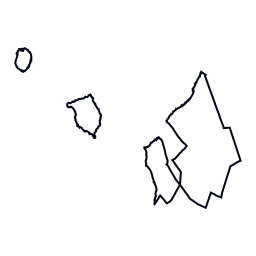 outline of Aiga i le Tai, A'ana, Samoa
{"feature_id": "51752279B95310114006848", "entity_name": "Aiga i le Tai", "entity_type": "district", "adm_level": 2, "iso_a3": "WSM", "parent_name": "Samoa", "parent_adm1": "A'ana", "projection": "equal_earth", "projection_center": [-172.087, -13.857], "detail": "fine", "context": "isolated", "style": "outline", "palette": "ink", "viewbox_px": 256, "rotation_deg": 0, "n_neighbors": 0, "source": "geoboundaries", "source_scale": "gbopen_adm2", "svg_char_len": 5728}
<svg xmlns="http://www.w3.org/2000/svg" viewBox="0 0 256 256"><path d="M179.9,184.6L185.8,192.8L187.0,194.3L187.4,195.0L188.3,196.2L190.1,198.8L197.7,204.1L205.7,207.8L210.9,192.6L212.0,193.2L214.1,194.1L216.2,195.5L217.9,196.3L220.0,196.8L221.3,197.4L222.3,192.0L230.4,166.3L238.1,161.7L240.6,160.7L229.7,127.7L225.7,128.0L223.7,128.1L223.6,127.2L219.4,115.9L219.5,115.7L218.1,112.2L215.8,106.0L213.1,98.3L208.9,86.9L205.0,75.9L205.7,74.9L204.0,73.8L203.5,73.4L202.2,72.6L201.2,71.8L200.8,72.5L201.4,72.7L201.3,73.3L200.8,73.2L200.4,73.4L199.8,75.2L200.0,76.0L199.9,76.6L199.1,76.9L198.2,78.5L197.6,79.3L196.9,80.9L196.6,81.8L196.0,82.3L196.2,82.8L195.0,83.6L195.4,84.2L194.4,86.6L193.6,88.1L193.1,88.2L192.7,88.7L193.2,89.1L193.2,89.9L192.7,90.4L192.7,90.9L193.6,91.0L193.6,91.7L192.8,93.9L192.1,95.4L189.5,99.4L189.0,99.8L188.6,99.6L188.3,100.0L188.5,100.5L187.6,101.3L187.3,100.9L186.8,101.3L186.9,101.6L186.2,102.2L186.1,102.8L185.6,103.2L185.2,103.0L185.2,103.6L184.0,104.7L183.9,104.3L183.4,104.6L183.5,105.1L182.0,106.1L181.5,105.5L181.0,106.7L176.5,109.1L176.1,108.9L176.0,109.6L175.4,110.2L174.9,110.4L174.0,111.3L173.3,111.3L172.9,112.3L172.8,112.9L172.2,113.8L171.3,114.4L171.1,114.2L170.8,114.8L169.9,115.6L169.4,116.2L168.3,118.5L167.6,119.0L167.2,120.0L166.4,120.8L166.7,121.4L166.6,121.8L168.8,123.4L171.1,126.4L172.2,127.5L173.6,129.4L174.1,130.4L174.5,131.0L177.8,136.1L180.1,138.8L181.1,140.3L183.1,142.4L185.1,144.1L186.7,146.0L184.3,149.0L183.0,149.9L181.6,151.4L180.8,152.4L179.6,153.4L179.0,154.2L178.0,155.4L176.6,156.8L175.4,158.4L172.3,160.1L172.9,160.6L173.1,161.0L176.3,165.7L180.9,172.1L180.5,177.3L180.2,182.6L179.9,184.6ZM158.9,137.4L158.0,138.3L157.7,137.8L157.5,137.7L157.2,138.5L156.7,138.4L156.5,138.8L156.9,139.4L156.6,139.8L156.2,139.0L155.6,139.2L155.9,139.7L155.4,140.0L154.6,140.1L154.3,140.3L154.2,140.9L153.5,141.2L152.8,141.6L151.4,143.0L150.9,142.8L149.8,145.2L149.2,145.9L148.5,146.1L148.1,146.8L147.9,146.7L147.1,147.2L146.7,147.1L146.4,147.3L146.1,147.1L145.6,147.9L144.9,147.9L144.4,147.5L144.3,148.2L144.8,148.7L145.5,149.8L146.1,151.1L146.2,152.0L146.5,152.6L146.6,153.1L146.2,153.9L146.3,154.3L146.1,155.2L146.7,156.1L146.6,157.2L146.3,159.5L145.7,160.8L145.8,162.1L146.1,163.0L146.1,164.2L145.9,165.1L146.1,166.0L147.0,165.9L147.8,167.0L149.3,168.8L150.1,169.9L151.3,172.6L151.7,173.9L152.1,175.6L152.9,178.5L153.9,181.2L153.7,181.5L153.6,182.1L153.8,182.4L154.3,182.2L154.8,183.4L154.8,183.7L154.7,184.0L155.1,184.4L155.8,186.4L156.5,189.1L156.6,190.2L156.4,190.8L155.8,191.7L155.7,192.9L155.4,193.7L155.5,194.3L155.9,195.8L155.9,196.2L155.3,197.2L155.1,198.2L154.9,199.3L154.6,199.5L154.4,200.1L154.8,201.2L154.7,202.4L154.4,203.2L154.3,203.7L154.6,204.1L155.4,203.0L160.2,195.5L163.2,198.8L166.7,203.3L169.3,202.0L170.6,200.8L171.6,199.6L174.5,194.6L176.3,191.2L178.2,187.8L179.9,184.6L175.8,179.6L175.0,178.1L170.4,170.3L167.9,165.7L166.5,164.4L167.4,163.4L167.6,160.5L166.3,156.6L165.3,153.3L165.2,151.9L163.7,146.4L162.8,143.6L162.7,142.7L161.4,139.6L160.4,139.1L158.9,137.4ZM90.2,94.5L89.6,94.9L88.6,95.4L88.2,96.3L87.1,97.1L85.8,97.0L85.3,96.7L84.4,97.8L83.6,98.4L83.1,98.5L81.7,98.6L81.1,98.9L78.4,99.0L77.9,99.6L77.8,99.9L77.4,100.1L75.6,100.6L75.3,100.4L75.1,101.0L74.4,101.6L73.6,101.9L73.2,101.5L72.6,101.6L72.1,102.2L70.2,103.2L69.6,102.9L68.2,102.9L67.5,103.7L67.2,104.8L67.2,105.8L67.8,106.9L68.1,106.9L69.3,107.3L69.9,107.1L70.2,106.7L71.1,106.8L72.0,107.5L73.1,108.4L74.2,109.9L75.2,112.0L75.9,114.4L75.7,114.7L75.8,115.4L75.5,115.9L75.3,116.6L74.9,116.8L74.9,118.2L75.6,119.0L75.5,120.5L76.1,121.3L77.1,124.3L77.6,124.5L77.9,125.2L77.7,125.6L77.3,125.8L77.3,126.1L78.0,126.3L78.4,125.9L78.6,126.6L78.9,126.6L79.2,127.2L79.7,127.2L79.8,127.6L80.4,127.2L81.0,127.4L81.9,128.1L82.0,128.7L82.4,129.2L83.7,130.2L84.2,131.1L84.4,130.9L85.2,131.1L85.5,131.4L86.2,131.1L86.8,131.4L87.0,131.2L88.1,131.8L89.0,132.6L89.4,132.8L89.2,133.7L89.7,134.1L90.3,133.8L91.5,134.4L92.1,134.3L93.0,135.2L93.4,136.1L93.2,136.6L93.6,136.8L94.3,138.0L94.7,138.0L95.3,137.7L95.2,136.4L94.8,135.7L94.2,135.2L94.2,133.9L94.7,133.2L94.7,132.7L95.3,132.3L95.5,131.6L96.0,131.3L96.1,129.8L97.0,128.6L97.8,128.2L97.8,127.8L98.1,127.0L98.6,126.6L98.9,125.9L99.4,125.6L99.7,125.7L100.2,124.5L100.2,124.2L99.8,122.8L99.9,122.1L99.7,120.9L100.1,119.6L100.3,119.4L100.3,118.6L100.5,118.5L100.5,117.3L100.7,117.2L100.7,116.4L101.1,115.6L100.9,114.8L100.4,114.4L100.3,113.9L99.8,113.4L99.5,112.4L99.4,111.7L98.6,110.5L98.9,109.6L98.8,109.3L97.8,108.8L97.2,108.0L95.2,104.6L95.3,104.2L94.9,104.1L94.8,103.3L94.5,103.3L94.0,102.7L92.8,100.5L93.3,98.3L92.9,97.8L92.3,97.9L91.8,97.5L91.8,96.9L91.5,96.6L91.2,96.5L90.8,95.1L90.6,95.1L90.2,94.5ZM26.5,49.4L25.6,48.6L24.9,48.6L24.6,48.2L23.7,48.7L22.9,48.9L22.9,49.1L23.4,50.0L23.2,50.9L22.3,51.0L21.0,50.4L21.3,49.1L21.1,48.8L20.3,49.1L19.2,49.0L19.1,49.8L18.8,50.4L18.2,51.3L17.9,51.2L17.8,51.8L17.5,52.0L17.4,52.5L16.5,53.5L16.9,54.1L17.6,54.1L17.7,54.5L17.4,55.3L17.0,56.1L17.2,56.4L17.0,57.2L16.3,58.6L15.9,60.5L15.5,61.0L15.4,62.3L15.5,63.8L15.8,64.3L15.7,64.7L16.0,65.6L16.6,65.9L16.8,67.0L17.4,67.3L17.6,68.1L17.9,68.5L18.9,68.8L19.4,69.3L19.8,69.5L20.0,69.9L20.5,70.4L21.1,70.1L21.7,71.0L22.2,70.5L22.7,70.7L22.8,71.3L23.3,71.1L23.5,71.4L23.8,70.9L24.3,70.8L24.9,71.0L24.9,70.6L25.9,70.0L27.1,68.6L27.3,68.0L27.8,68.0L27.7,67.4L28.2,67.2L28.4,66.6L28.9,66.8L29.2,66.0L29.2,64.5L29.6,64.2L30.0,63.2L30.3,62.9L30.1,62.1L30.6,61.8L31.0,61.3L30.6,60.5L31.2,60.4L31.0,59.7L31.3,59.5L31.3,58.8L31.1,58.6L31.4,58.0L31.1,57.5L31.3,57.0L31.3,56.1L31.0,55.4L31.0,54.7L30.4,53.1L30.0,53.0L29.9,52.3L29.4,52.2L29.4,51.8L28.3,51.2L28.1,50.9L28.3,50.2L28.0,50.0L27.6,50.1L27.4,49.7L27.0,49.8L26.5,49.4Z" fill="none" stroke="#020617" stroke-width="2"/></svg>